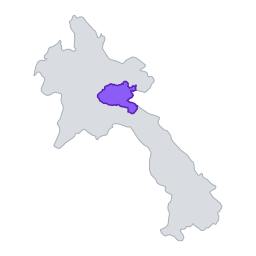 Xiangkhoang on a map of Laos (Mercator projection)
{"feature_id": "LAO-3286", "entity_name": "Xiangkhoang", "entity_type": "Province", "adm_level": 1, "iso_a3": "LAO", "parent_name": "Laos", "parent_adm1": "", "projection": "mercator", "projection_center": [103.697, 19.42], "detail": "fine", "context": "in_parent", "style": "filled", "palette": "violet", "viewbox_px": 256, "rotation_deg": 0, "n_neighbors": 0, "source": "natural_earth", "source_scale": "10m", "svg_char_len": 5710}
<svg xmlns="http://www.w3.org/2000/svg" viewBox="0 0 256 256"><path d="M84.2,18.5L85.6,21.1L92.1,28.0L93.2,29.8L95.6,31.3L97.5,37.4L98.4,37.8L99.4,37.4L100.3,36.5L100.9,34.1L101.4,33.9L102.1,35.8L103.9,36.4L104.7,37.3L104.9,38.7L104.7,40.3L103.2,43.7L102.3,48.4L108.6,58.4L111.2,59.7L117.5,61.4L121.8,63.6L123.8,63.0L125.7,60.6L128.0,59.2L132.2,57.1L133.4,57.0L135.8,57.8L139.6,60.3L145.4,64.9L145.2,66.2L144.2,67.4L141.1,69.2L140.1,70.4L140.7,70.8L143.3,71.1L146.3,72.2L147.3,73.4L147.8,76.1L148.3,76.7L151.2,76.4L152.0,76.7L153.0,77.6L154.1,79.9L154.0,81.6L151.2,84.7L150.9,86.5L149.4,88.6L145.5,92.2L144.5,92.4L137.4,90.4L131.7,90.7L131.2,91.5L132.2,93.7L132.5,95.8L131.6,97.5L128.3,99.6L128.2,100.5L128.9,101.5L133.6,103.4L148.8,113.7L155.7,115.7L158.7,117.0L159.5,117.8L159.4,118.7L158.7,119.8L158.0,121.8L158.0,123.0L158.7,124.2L159.9,126.0L164.1,129.9L167.2,130.8L170.5,135.3L171.5,139.2L173.1,141.7L180.9,150.2L187.5,155.3L191.4,160.9L193.3,162.2L193.9,164.2L194.4,170.1L196.6,173.0L197.1,174.2L198.1,175.1L199.2,175.2L201.5,173.3L202.0,173.6L203.0,176.7L204.0,177.8L207.4,179.7L211.1,183.5L213.1,184.8L215.6,185.9L215.9,187.0L215.5,188.2L214.7,189.0L210.4,191.2L209.8,192.1L212.6,196.9L219.8,202.7L222.0,206.3L221.5,208.0L219.5,211.4L218.1,212.3L217.7,213.4L218.8,216.2L218.6,220.5L217.3,221.5L216.0,224.1L215.2,224.3L213.0,223.4L208.4,227.9L206.4,227.7L204.1,230.2L201.2,230.5L199.2,228.6L194.8,225.6L193.3,223.7L191.9,225.4L189.6,226.9L186.4,226.4L185.5,228.6L184.9,229.0L181.0,229.4L180.2,229.8L180.9,231.9L183.2,235.3L183.9,237.4L182.4,240.6L178.4,240.6L176.6,239.2L174.3,236.4L169.1,234.6L165.6,235.9L164.6,235.8L161.9,233.5L161.0,231.9L160.4,229.7L164.4,227.9L166.4,226.5L167.7,225.0L168.2,223.4L168.9,216.9L169.5,214.6L169.1,211.8L168.0,209.6L168.0,206.2L168.6,203.5L170.1,202.2L171.2,200.2L171.8,195.9L171.3,194.8L169.8,193.7L167.3,192.7L165.8,191.4L165.1,189.9L165.2,188.5L165.9,187.3L164.1,186.0L159.5,184.6L157.0,182.8L156.5,180.8L154.6,178.2L151.3,174.9L149.6,170.2L149.4,164.0L149.8,159.0L151.2,153.2L149.3,148.9L147.2,146.7L144.3,145.1L141.6,142.7L138.9,139.7L135.8,135.2L132.1,129.2L129.6,126.5L128.4,127.1L125.7,126.5L121.7,124.8L118.1,123.9L115.1,123.7L113.1,124.1L112.2,125.0L112.2,126.0L112.9,126.8L112.5,127.5L110.9,128.0L109.7,129.0L108.2,131.2L107.2,134.1L105.7,135.2L103.4,135.5L101.2,136.3L98.9,137.7L97.9,138.7L98.0,139.5L97.5,139.6L96.4,139.2L95.9,138.3L95.9,136.8L94.8,135.8L92.5,135.3L89.8,133.6L84.7,129.5L83.6,129.3L81.9,130.4L79.7,132.7L77.9,133.6L76.5,133.2L75.4,134.0L74.7,136.1L73.2,137.7L66.4,142.2L60.3,148.0L58.7,148.5L55.0,146.9L53.8,145.7L58.9,134.0L59.7,131.1L59.5,127.3L57.4,124.2L57.3,123.2L57.6,122.3L60.2,118.6L63.2,109.2L63.1,106.2L61.7,103.0L61.0,99.9L61.6,95.7L61.4,94.1L60.0,93.3L55.3,92.4L52.6,93.1L51.3,94.2L49.7,95.0L46.8,95.4L44.0,93.9L41.6,91.5L41.1,88.6L44.0,82.2L44.7,79.8L44.6,78.6L44.1,77.4L43.4,77.2L41.9,75.7L40.5,73.1L39.1,71.9L37.8,72.1L36.6,73.1L34.7,75.6L34.0,75.3L35.8,66.5L37.4,62.7L39.3,60.9L41.3,60.2L43.5,60.5L45.3,60.2L46.7,59.2L46.6,58.7L44.9,58.6L44.2,57.6L44.5,55.7L45.3,54.5L46.5,53.9L47.6,52.0L48.7,48.8L50.0,47.1L51.6,47.1L54.3,45.7L58.1,43.0L59.6,40.3L61.0,41.5L60.5,44.6L61.2,45.2L61.6,46.3L61.4,48.1L61.7,49.5L62.3,50.2L63.1,50.6L67.2,49.3L69.6,49.2L73.7,51.5L76.1,49.8L76.1,49.2L74.1,47.1L74.7,39.3L74.5,33.4L71.1,29.0L70.5,27.2L70.1,24.3L69.2,21.9L71.6,19.9L72.8,16.2L74.5,15.4L75.0,15.5L77.1,18.2L79.7,16.9L81.6,16.9L83.3,17.6L84.2,18.5Z" fill="#d9dde1" stroke="#a8b0b8" stroke-width="1"/><path d="M135.9,90.1L134.8,90.4L134.3,90.4L134.2,90.5L133.8,91.1L133.6,91.3L133.1,91.3L132.6,91.2L131.4,90.6L131.1,90.5L130.9,90.6L130.8,91.0L130.8,91.3L131.3,92.7L131.6,93.1L132.4,93.6L132.7,93.8L132.8,94.2L132.9,94.7L132.9,95.1L133.2,95.5L133.1,95.8L132.9,95.9L132.6,96.0L132.4,96.1L132.2,96.4L132.1,97.0L132.1,97.3L131.9,97.6L131.4,97.6L130.8,97.8L130.2,98.1L129.7,98.2L129.4,98.5L128.9,99.2L128.5,99.5L127.7,99.9L127.3,100.2L127.1,100.6L127.4,100.8L127.8,100.8L128.2,100.8L128.5,101.4L128.7,101.6L128.8,101.7L129.5,102.1L130.2,102.6L130.8,102.4L131.3,102.4L131.8,102.5L134.6,103.7L135.6,104.4L135.8,104.7L135.9,105.2L135.9,105.7L136.1,105.9L136.9,105.7L137.4,105.8L137.3,106.3L137.1,107.2L137.2,108.1L137.2,109.0L136.7,109.5L136.1,109.9L136.0,110.6L135.6,111.2L135.0,111.7L134.5,112.3L133.9,113.1L133.1,113.5L132.5,113.5L131.8,113.5L131.5,113.3L131.1,113.1L128.9,112.0L128.0,111.8L128.2,110.0L128.0,108.3L127.4,107.7L126.6,107.5L125.7,107.5L124.9,107.2L123.9,106.7L122.3,106.8L121.2,106.4L120.5,106.3L119.8,105.8L119.3,105.1L118.6,104.6L117.9,104.5L117.4,104.6L117.0,104.8L116.9,105.3L116.2,105.3L115.7,104.9L115.2,104.9L114.6,104.8L114.0,105.1L113.1,105.1L112.8,105.3L112.5,105.3L110.0,104.9L109.1,104.8L108.3,104.6L107.5,103.9L107.0,103.7L104.9,103.2L104.4,103.2L104.0,103.3L103.6,103.2L103.0,102.8L102.3,102.4L101.5,101.6L101.2,101.5L100.8,101.3L100.0,100.9L99.6,100.3L99.1,98.8L98.5,98.0L97.8,97.4L97.5,96.1L97.8,94.7L98.9,93.8L99.3,93.2L99.8,92.7L101.3,91.7L102.4,90.7L102.7,90.2L102.6,89.6L103.7,89.6L104.6,89.4L104.7,88.2L104.8,86.9L105.4,86.5L106.2,86.1L106.7,85.7L107.3,85.5L108.6,85.4L109.1,85.0L109.4,84.4L110.5,84.0L111.7,83.9L112.2,84.5L112.8,84.9L114.1,84.4L114.6,84.7L115.1,85.1L116.4,85.2L117.7,85.6L118.3,85.4L118.9,85.0L119.6,84.8L120.3,84.7L121.1,84.4L121.7,83.7L122.4,84.1L123.1,84.0L123.1,83.2L123.3,82.3L124.4,81.5L125.1,81.4L125.8,81.4L127.1,82.2L128.1,83.4L128.1,84.1L128.2,84.7L128.0,85.5L127.8,86.2L128.4,86.5L128.6,86.7L129.1,87.6L129.4,87.7L129.7,87.9L131.8,87.3L132.2,87.0L132.3,86.5L132.6,86.0L133.0,85.7L133.8,86.3L134.7,86.3L135.2,86.1L135.7,85.7L135.8,85.2L136.0,84.7L136.1,86.0L135.5,87.8L135.6,88.4L135.8,89.2L135.9,90.1L135.9,90.1Z" fill="#8b5cf6" stroke="#5b21b6" stroke-width="1.5"/></svg>